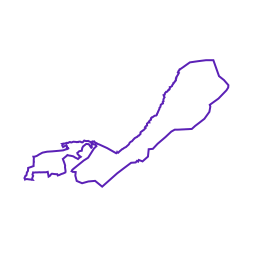 Santa Cruz Mixtepec, Oaxaca, Mexico (orthographic projection), rotated 133°
{"feature_id": "50627088B82303244388896", "entity_name": "Santa Cruz Mixtepec", "entity_type": "district", "adm_level": 2, "iso_a3": "MEX", "parent_name": "Mexico", "parent_adm1": "Oaxaca", "projection": "orthographic", "projection_center": [-96.883, 16.781], "detail": "fine", "context": "isolated", "style": "outline", "palette": "violet", "viewbox_px": 256, "rotation_deg": 133, "n_neighbors": 0, "source": "geoboundaries", "source_scale": "gbopen_adm2", "svg_char_len": 5460}
<svg xmlns="http://www.w3.org/2000/svg" viewBox="0 0 256 256"><g transform="rotate(133 128 128)"><path d="M60.7,79.5L57.1,81.8L56.0,82.6L55.3,84.0L44.8,81.9L33.3,81.7L30.1,82.3L28.2,83.8L27.5,90.5L28.0,96.8L20.2,111.8L25.1,117.1L31.7,122.6L37.8,127.5L48.8,129.8L49.1,129.9L49.2,130.0L49.6,130.1L49.8,130.2L49.9,130.3L50.0,130.3L50.2,130.2L50.3,130.0L50.9,129.8L51.1,129.9L51.4,130.0L51.6,130.0L51.7,129.9L51.8,129.9L52.1,129.7L52.4,129.6L52.5,129.6L52.6,129.4L52.8,129.5L53.1,129.5L53.2,129.4L53.3,129.4L53.3,129.2L53.2,129.0L53.2,128.9L53.1,128.3L54.2,128.1L54.3,128.1L54.7,127.8L55.9,127.7L57.3,127.3L57.5,127.4L57.8,127.3L58.3,126.8L58.7,127.0L59.0,126.9L59.6,126.1L60.1,126.0L60.4,125.5L60.6,125.4L61.4,125.6L61.8,125.3L62.1,125.3L63.3,125.4L63.9,125.1L64.2,125.1L64.5,125.4L65.0,125.0L65.8,124.9L66.4,124.9L67.3,124.4L69.0,124.8L69.6,125.3L70.2,124.6L71.3,124.0L71.5,124.0L71.8,124.4L72.3,124.4L72.7,124.1L73.4,124.4L74.5,124.1L75.3,124.4L75.6,124.8L75.8,124.8L76.2,124.7L77.5,124.7L78.5,123.9L79.4,124.2L79.7,124.4L80.1,123.7L80.6,122.2L82.0,122.0L83.5,121.2L84.3,120.2L85.2,120.4L85.4,120.3L86.2,119.2L86.8,119.5L88.3,119.8L88.6,119.9L90.5,118.7L91.9,118.7L92.4,118.2L92.8,118.0L95.7,117.1L96.6,116.6L97.5,116.6L98.3,116.1L98.5,115.9L99.7,115.9L100.0,116.2L100.9,116.9L103.8,117.5L103.9,117.8L105.0,117.9L105.5,117.7L106.2,116.9L106.9,116.9L107.5,117.2L109.0,117.1L109.4,116.2L110.2,116.9L111.9,117.1L113.1,115.8L113.3,116.0L114.8,116.2L115.8,116.1L115.7,115.4L115.9,115.1L116.1,115.0L116.8,115.2L118.6,115.1L119.3,115.4L120.3,115.4L120.6,115.6L122.5,115.9L122.8,115.8L123.8,114.8L124.4,114.9L125.2,114.8L126.0,114.8L126.4,115.2L127.5,115.2L127.8,115.3L128.1,115.2L128.2,115.3L130.6,116.1L131.2,116.2L131.5,116.1L131.8,116.1L132.2,116.2L133.0,116.2L133.8,116.1L135.0,116.1L136.3,116.6L137.3,116.7L138.2,116.6L138.8,116.3L139.8,116.2L141.8,116.4L143.3,116.5L145.1,117.2L146.8,117.5L147.2,117.8L148.1,117.9L150.5,118.2L151.7,118.3L152.8,118.3L153.2,119.1L153.1,119.5L153.7,119.3L154.5,119.4L156.9,129.5L159.9,138.5L160.1,138.8L160.3,139.1L160.4,140.1L160.5,140.5L160.7,141.2L160.9,141.6L161.0,141.7L161.0,141.9L161.0,142.2L161.0,142.5L160.9,143.4L160.9,143.6L161.0,143.6L161.7,144.0L161.8,144.3L161.9,144.6L162.1,144.9L162.9,144.8L163.3,144.9L163.8,145.8L164.6,148.1L164.6,148.3L165.6,149.1L166.5,150.3L167.0,151.4L167.2,151.5L168.1,151.4L169.1,151.4L169.7,151.6L170.0,152.0L170.1,152.3L170.2,152.5L170.5,153.6L171.1,154.2L171.2,154.4L171.8,154.7L172.4,155.2L172.5,155.1L173.0,155.6L173.3,155.8L173.5,156.3L175.3,158.6L176.9,159.4L177.0,159.4L177.3,159.7L177.6,160.2L177.7,160.7L178.2,161.2L179.8,161.6L180.0,161.8L180.3,162.3L180.4,162.5L180.7,162.5L181.0,162.7L181.3,163.0L183.3,164.2L183.4,164.6L183.5,164.7L183.7,164.8L183.9,164.9L184.5,165.3L184.5,164.7L184.8,164.4L185.0,164.3L185.7,164.1L186.2,162.5L185.6,162.4L185.3,162.3L185.1,162.1L184.8,162.0L184.5,162.0L184.3,161.9L183.8,161.7L183.4,161.5L183.0,161.3L182.6,161.2L183.0,160.1L183.3,159.9L183.7,159.6L183.8,159.3L184.1,159.2L183.4,158.3L183.7,157.7L185.0,158.1L185.4,158.4L185.8,158.7L187.4,159.6L187.9,159.8L188.2,160.0L188.3,160.0L189.4,160.9L191.8,163.0L192.8,163.9L197.0,167.7L199.0,169.6L200.1,170.6L200.5,171.0L204.3,173.7L205.1,174.0L208.5,175.1L210.2,175.5L211.1,175.9L212.4,176.6L213.0,177.1L213.5,177.6L214.1,176.5L214.8,175.8L215.5,175.3L216.4,174.4L216.7,174.0L216.8,174.1L217.1,173.8L218.2,172.9L218.9,172.3L220.2,171.1L222.2,172.1L223.7,172.9L225.3,173.8L226.7,172.6L227.7,171.9L227.8,171.9L228.0,171.8L228.9,171.7L229.4,171.7L230.1,171.2L231.7,170.1L232.2,170.0L232.8,170.4L235.2,169.6L235.8,168.3L235.7,168.3L234.2,167.0L233.4,165.8L233.3,165.7L232.6,164.7L232.3,164.4L231.6,163.3L231.5,163.0L231.2,162.8L230.9,162.4L230.8,162.9L230.3,163.6L229.2,164.2L227.7,164.7L227.3,166.0L225.2,167.1L224.7,166.3L223.7,165.5L222.8,164.5L220.4,162.2L220.3,161.9L219.1,160.7L218.3,159.9L216.3,157.8L214.8,156.8L217.7,152.9L216.4,152.5L216.0,152.5L215.2,152.6L214.7,152.7L213.4,152.5L213.3,152.4L213.2,152.2L212.9,151.9L211.8,150.3L211.3,149.7L211.1,149.5L210.6,148.8L210.0,148.2L210.6,147.0L209.9,146.6L209.6,146.4L209.0,146.1L207.2,145.4L205.6,144.5L205.2,144.3L203.2,143.5L202.9,143.7L202.4,144.0L201.9,144.5L200.8,145.9L200.4,146.4L200.3,146.5L199.7,147.3L198.8,148.0L198.3,148.4L196.9,150.9L195.1,154.5L194.7,154.4L194.2,154.4L190.3,153.9L190.1,153.8L189.1,153.9L189.0,153.7L188.5,152.6L188.2,152.1L187.9,151.8L187.6,151.3L187.1,150.5L186.5,149.5L186.1,148.8L185.8,147.6L185.8,147.2L185.6,146.3L185.0,144.4L184.8,143.4L184.6,143.4L184.1,143.4L183.6,143.3L183.0,143.4L181.8,143.0L181.3,142.9L181.5,144.6L181.7,145.1L181.5,145.4L181.4,147.2L180.8,148.1L180.3,148.0L179.6,147.9L179.2,147.9L178.7,147.9L178.2,147.8L177.3,147.2L176.2,146.3L173.9,147.8L172.1,148.3L170.3,148.0L168.2,147.7L166.6,145.7L167.5,141.4L166.8,141.3L165.8,142.4L165.2,143.0L164.7,143.3L163.9,144.8L163.8,144.2L163.6,143.9L163.4,142.1L163.2,141.7L163.0,141.3L162.7,140.7L162.5,140.3L162.5,139.9L162.8,138.7L166.2,138.9L176.9,136.9L182.4,138.3L182.8,138.3L195.4,140.1L195.8,140.1L196.6,140.2L198.0,139.8L197.8,139.4L197.9,138.7L195.9,136.2L198.8,134.0L201.7,129.4L199.7,123.9L194.1,120.5L189.1,116.0L188.5,106.9L168.5,105.0L160.9,103.7L151.3,102.0L148.0,98.9L146.1,99.0L145.9,99.0L145.7,97.7L144.0,98.3L142.5,94.6L142.3,94.6L135.3,93.9L129.4,98.4L126.3,95.6L119.4,95.6L108.9,94.4L101.1,93.9L97.4,92.7L94.8,90.0L85.2,80.7L80.6,80.3L76.6,79.6L69.2,78.4L60.7,79.5Z" fill="none" stroke="#5b21b6" stroke-width="2"/></g></svg>